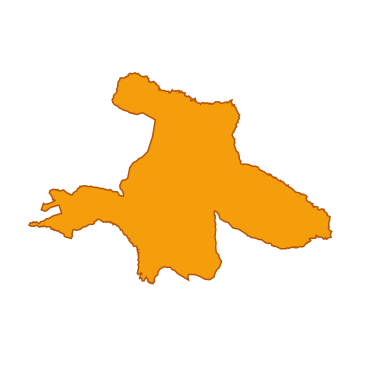 outline of Sekyere Afram Plains North, Ashanti, Ghana, rotated 17°
{"feature_id": "2480657B37542209080123", "entity_name": "Sekyere Afram Plains North", "entity_type": "district", "adm_level": 2, "iso_a3": "GHA", "parent_name": "Ghana", "parent_adm1": "Ashanti", "projection": "orthographic", "projection_center": [-0.752, 7.211], "detail": "fine", "context": "isolated", "style": "filled", "palette": "amber", "viewbox_px": 384, "rotation_deg": 17, "n_neighbors": 0, "source": "geoboundaries", "source_scale": "gbopen_adm2", "svg_char_len": 6002}
<svg xmlns="http://www.w3.org/2000/svg" viewBox="0 0 384 384"><g transform="rotate(17 192 192)"><path d="M53.1,253.2L56.9,253.3L57.9,252.8L61.1,248.3L68.6,243.3L73.6,250.6L67.3,254.6L64.8,256.7L64.1,258.2L60.4,260.4L58.8,263.0L56.0,264.6L55.0,266.9L51.8,266.0L50.8,267.3L49.0,266.8L48.2,268.4L46.4,268.7L45.8,271.4L48.1,271.7L50.8,271.0L53.4,269.2L55.7,270.1L57.0,269.9L57.6,268.8L59.4,268.9L60.4,267.6L62.9,268.1L66.0,266.6L67.1,267.5L67.7,267.3L68.0,268.4L68.9,268.7L70.2,267.9L71.3,269.0L72.8,268.4L74.6,268.8L75.7,268.1L77.3,269.2L80.9,269.5L82.1,270.0L82.8,271.6L83.6,271.9L90.0,271.8L90.5,269.0L89.7,267.7L89.1,263.1L90.6,262.3L92.4,262.5L95.7,260.7L98.5,256.9L100.3,256.4L103.0,253.1L106.8,251.9L107.6,250.4L107.1,249.1L108.7,247.8L109.6,245.8L111.6,245.3L116.1,246.8L117.2,245.9L118.9,246.1L119.4,245.1L121.5,245.1L121.9,244.4L123.3,244.6L123.2,245.0L124.2,244.7L124.8,245.3L126.2,245.2L126.1,246.2L127.8,245.3L129.7,245.6L129.9,246.3L131.1,246.1L134.2,248.1L134.7,249.3L136.2,248.9L139.4,252.5L142.2,252.8L144.7,255.2L146.0,255.0L146.1,257.0L148.0,257.6L148.7,258.6L150.2,258.7L151.9,260.9L155.0,260.2L156.3,262.6L157.6,262.9L156.7,263.7L157.7,265.5L159.2,265.8L158.6,267.4L159.1,267.5L159.8,270.0L160.4,270.3L160.0,272.3L160.3,273.1L161.2,273.3L161.9,274.9L161.6,277.6L163.0,279.1L163.4,285.5L164.4,286.6L167.4,284.1L167.9,284.7L166.8,286.8L167.2,290.1L169.0,289.1L170.3,291.6L172.1,291.0L173.0,286.7L174.0,287.9L175.4,288.2L175.4,289.9L177.4,291.1L178.2,290.4L178.7,291.4L181.5,291.1L181.3,289.8L182.2,289.3L182.2,288.6L181.4,285.8L182.0,282.7L183.4,281.4L182.9,278.5L183.3,277.0L184.1,274.6L187.5,271.3L189.9,271.5L193.3,270.3L195.7,272.0L198.3,272.0L202.1,274.2L214.4,277.2L212.5,273.5L212.8,271.9L219.0,270.1L225.0,270.5L229.8,271.6L234.5,270.7L237.8,267.0L237.8,262.4L238.4,259.2L240.1,256.5L240.6,250.3L239.9,249.1L237.2,247.1L236.1,244.5L232.7,242.5L230.7,237.6L229.8,233.5L227.2,228.6L225.6,220.7L224.3,218.3L224.1,215.8L222.0,212.7L221.8,209.7L220.7,208.3L221.1,207.9L220.2,207.6L219.2,204.3L219.4,203.4L221.8,203.9L223.1,205.3L224.2,205.6L226.3,209.0L227.2,209.5L232.3,210.8L235.2,210.4L241.6,214.4L247.5,213.9L256.6,216.5L257.8,217.6L259.8,217.4L261.6,218.2L265.9,217.5L270.3,217.9L271.6,217.1L277.5,219.0L280.3,218.8L282.1,218.1L283.4,218.7L283.9,219.8L286.6,220.0L287.6,219.5L293.6,220.3L298.7,218.7L299.2,217.7L301.0,217.5L304.3,215.3L305.8,215.4L306.8,214.4L307.7,215.0L307.8,214.3L309.3,214.3L310.5,212.8L313.4,212.3L314.9,210.8L316.2,207.8L317.2,207.3L317.0,206.3L318.3,205.9L319.8,203.9L318.3,203.1L318.0,202.0L319.4,202.0L320.0,201.2L323.5,200.2L324.2,198.8L323.2,197.6L323.7,197.1L325.0,197.3L326.1,198.4L327.5,197.4L329.7,197.4L331.8,198.6L333.1,196.8L333.8,197.8L334.7,197.8L335.3,196.2L338.2,194.7L336.7,191.9L337.1,188.8L334.6,188.5L332.9,186.9L333.5,185.5L332.6,184.3L331.7,180.7L332.0,178.8L331.2,177.0L331.3,175.3L328.1,174.9L327.4,173.0L324.7,172.0L324.0,171.0L323.4,171.2L323.2,170.0L320.6,170.4L319.2,172.0L317.4,171.6L316.6,169.6L313.6,170.1L313.0,170.9L312.2,170.8L312.4,169.9L310.4,169.0L310.9,168.0L309.8,168.1L307.5,167.1L305.8,167.4L303.6,166.0L303.6,165.3L302.9,164.8L303.4,162.7L301.3,161.8L297.9,161.7L296.7,162.6L295.3,161.4L291.0,161.8L287.3,159.8L284.5,158.9L282.9,159.0L281.8,157.2L280.6,158.3L275.7,155.5L273.8,155.8L272.9,155.0L271.7,155.9L267.9,153.6L266.6,154.6L266.1,153.8L264.7,154.1L262.1,152.1L260.8,153.5L260.2,152.2L258.4,153.0L255.2,151.6L249.8,150.9L247.7,148.9L244.4,148.8L243.2,149.7L237.7,149.2L233.1,150.2L232.1,151.0L230.4,150.7L229.8,150.0L229.8,148.4L227.6,146.7L226.4,143.5L224.3,140.5L222.6,140.1L218.3,134.4L218.6,132.2L217.9,131.9L217.5,129.0L215.5,127.9L213.8,125.9L213.7,123.6L214.6,122.0L214.1,121.1L214.9,119.6L214.6,118.2L215.7,116.5L214.4,115.0L214.9,112.4L215.7,111.9L214.9,110.7L215.6,108.0L215.6,107.1L214.6,106.3L215.0,104.4L213.1,103.4L208.7,98.1L207.3,98.0L207.0,96.2L205.0,97.4L205.0,96.4L203.3,94.7L203.3,92.4L201.4,94.0L200.9,95.6L199.7,96.3L199.6,95.8L198.5,95.9L193.8,99.0L192.1,97.9L188.3,98.8L185.8,102.2L184.9,102.3L184.8,101.8L183.6,102.3L183.3,101.9L182.7,102.7L181.9,102.3L181.7,102.8L180.0,102.4L178.1,103.8L177.1,103.1L175.8,103.5L174.6,105.7L173.4,104.7L171.4,105.3L168.8,103.7L167.8,104.2L168.2,102.6L167.6,101.6L166.9,102.5L165.5,102.9L165.5,104.4L164.0,105.1L163.7,102.4L161.8,101.8L161.6,101.3L160.7,101.2L160.4,101.8L158.8,102.4L158.3,101.8L157.1,102.0L156.5,101.3L156.6,99.4L154.0,99.8L153.4,99.3L151.0,100.5L151.5,99.4L151.1,99.7L150.1,98.7L148.0,99.6L147.4,100.6L146.5,100.2L144.8,101.0L143.2,100.0L142.2,103.7L141.3,103.2L140.9,103.6L140.9,102.8L139.7,102.5L137.5,103.5L136.2,103.0L132.6,103.8L131.7,103.1L131.3,103.5L130.6,102.6L130.3,103.3L129.5,100.7L125.8,99.3L125.8,98.7L125.1,98.9L124.3,97.9L123.0,98.0L122.9,97.6L120.2,99.2L118.6,99.0L118.4,98.1L117.1,97.1L117.4,96.2L116.5,96.0L115.2,94.5L113.3,95.0L112.6,96.1L110.3,95.9L109.6,96.4L106.0,94.4L104.9,95.2L102.9,94.7L99.6,96.8L98.1,96.6L96.7,98.6L97.1,99.0L96.7,100.2L95.3,100.8L94.5,102.3L92.3,103.5L91.0,103.4L89.8,104.4L90.2,106.0L89.2,108.2L90.2,113.6L89.9,115.8L90.9,117.4L90.3,120.1L89.1,121.7L88.9,123.4L89.5,125.1L88.6,126.9L90.1,129.4L91.4,130.6L93.8,131.6L95.1,131.2L97.6,132.7L103.7,133.8L106.8,133.5L108.9,134.4L111.3,134.3L112.3,133.7L113.3,134.5L114.4,133.9L116.7,134.0L121.4,130.7L135.8,133.7L138.1,150.7L137.8,166.4L133.8,173.9L131.3,175.7L130.3,178.1L127.2,181.3L125.4,187.1L126.5,197.4L124.7,200.0L122.2,201.0L121.5,202.4L121.1,207.2L122.5,209.8L125.2,211.3L127.4,214.6L127.7,216.1L123.7,216.4L120.6,213.7L116.0,214.8L113.3,213.5L110.9,214.9L105.2,214.7L103.4,215.5L100.5,215.3L94.8,216.5L93.6,215.9L91.5,217.3L89.1,217.0L85.9,218.1L85.1,218.9L83.2,219.2L83.5,220.2L81.8,222.1L81.5,224.4L79.0,227.0L78.3,229.7L76.0,230.2L75.0,229.5L72.8,229.5L68.6,227.6L65.8,229.5L63.1,229.6L62.9,228.9L61.2,229.8L58.8,229.8L55.7,232.4L55.8,234.5L59.9,237.7L60.8,239.7L61.5,239.4L63.5,240.1L63.1,240.7L61.9,240.5L61.8,242.1L59.0,244.6L55.3,246.7L53.3,246.3L53.1,253.2Z" fill="#f59e0b" stroke="#b45309" stroke-width="1.5"/></g></svg>